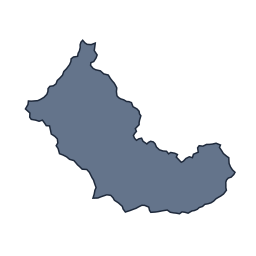 outline of Vargem Grande do Sul, São Paulo, Brazil, rotated 260°
{"feature_id": "56859067B45488213121507", "entity_name": "Vargem Grande do Sul", "entity_type": "district", "adm_level": 2, "iso_a3": "BRA", "parent_name": "Brazil", "parent_adm1": "São Paulo", "projection": "robinson", "projection_center": [-46.893, -21.868], "detail": "fine", "context": "isolated", "style": "filled", "palette": "slate", "viewbox_px": 256, "rotation_deg": 260, "n_neighbors": 0, "source": "geoboundaries", "source_scale": "gbopen_adm2", "svg_char_len": 2464}
<svg xmlns="http://www.w3.org/2000/svg" viewBox="0 0 256 256"><g transform="rotate(260 128 128)"><path d="M81.2,222.1L83.0,220.3L86.3,217.5L89.6,216.2L93.0,214.7L95.2,216.1L97.7,212.1L97.5,208.3L97.7,205.5L98.2,202.5L97.1,198.6L98.2,195.0L96.4,193.1L92.0,193.0L90.8,187.9L87.6,186.3L89.0,183.4L87.9,179.7L85.7,176.8L85.0,174.5L87.4,172.9L91.0,170.5L93.3,172.1L95.0,169.7L96.5,165.8L95.5,163.5L98.4,161.9L99.3,158.4L101.1,155.1L104.3,152.7L107.9,151.9L109.9,150.5L111.0,148.0L110.3,145.7L109.0,143.8L112.3,140.5L115.6,139.6L115.5,136.9L114.4,134.2L116.7,132.7L119.6,132.0L121.4,133.5L123.2,135.7L126.1,135.1L127.8,137.4L129.3,139.5L131.5,139.9L133.8,140.8L137.8,142.8L139.8,141.8L142.6,141.8L145.3,140.1L148.1,136.6L152.4,135.8L153.8,133.5L154.4,131.1L156.5,128.7L158.0,125.8L159.6,124.0L161.7,122.7L165.8,122.9L169.4,123.9L172.4,123.0L174.8,122.1L177.2,120.6L179.9,119.2L183.6,117.8L185.5,113.5L189.1,110.7L191.0,106.2L192.7,104.0L196.2,102.0L198.8,102.8L199.4,105.8L202.5,108.7L205.3,110.3L210.1,108.2L213.8,109.4L217.3,110.5L216.5,106.2L217.5,102.2L219.4,100.3L222.3,98.6L220.7,96.6L218.3,95.3L215.5,94.9L212.1,93.4L210.3,91.9L207.3,90.8L207.4,86.6L206.0,84.0L203.4,83.3L200.6,81.5L197.1,77.8L194.8,74.6L191.4,72.7L188.9,69.4L187.1,66.6L184.0,64.8L182.5,61.8L182.6,58.3L180.7,56.1L177.9,55.5L175.2,53.9L172.8,50.6L171.4,46.9L170.6,43.9L170.9,40.8L171.2,37.4L171.9,34.6L168.5,33.6L164.6,30.3L162.0,32.3L159.8,34.0L155.7,33.1L153.3,34.2L151.8,38.4L150.1,41.6L150.6,45.1L147.3,46.7L144.5,47.9L143.7,51.1L139.0,51.3L135.4,51.4L132.5,54.5L129.6,56.5L125.5,56.3L123.0,54.2L119.9,55.6L114.6,56.1L112.7,59.3L110.3,62.5L107.3,65.0L105.3,69.1L102.8,70.6L100.5,71.9L98.4,73.6L95.4,75.7L94.3,80.2L91.0,82.3L85.2,84.0L82.8,85.0L79.8,85.4L77.3,85.8L74.8,86.2L72.4,84.6L68.7,83.2L65.0,81.3L64.3,86.2L65.0,89.6L65.9,95.5L64.7,99.3L62.0,101.1L59.2,102.1L56.0,105.5L51.8,108.8L49.1,109.1L45.7,110.8L46.4,115.9L47.1,119.4L47.5,121.9L48.5,124.8L49.5,128.2L48.9,131.0L46.5,134.7L43.1,134.9L41.0,135.8L40.5,140.4L40.4,143.5L40.5,147.3L40.4,152.4L37.7,155.0L36.5,158.2L35.8,160.7L34.6,163.8L36.0,166.6L35.2,169.3L33.7,172.4L35.2,176.5L35.2,179.1L35.9,182.1L37.3,184.3L37.8,187.8L39.5,190.4L39.5,193.6L39.9,196.7L41.1,199.6L43.0,202.3L44.0,204.9L44.9,207.5L46.4,210.6L49.6,214.1L52.2,214.0L55.0,214.5L57.7,214.9L59.8,216.1L61.3,218.1L61.7,221.1L63.9,224.2L65.8,225.7L68.6,223.6L71.8,222.2L75.5,221.4L78.3,221.7L81.2,222.1Z" fill="#64748b" stroke="#1e293b" stroke-width="1.5"/></g></svg>